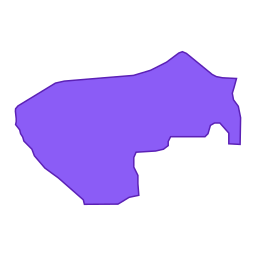 an SVG outline of Lamwo
{"feature_id": "UGA-5603", "entity_name": "Lamwo", "entity_type": "District", "adm_level": 1, "iso_a3": "UGA", "parent_name": "Uganda", "parent_adm1": "", "projection": "orthographic", "projection_center": [32.763, 3.511], "detail": "fine", "context": "isolated", "style": "filled", "palette": "violet", "viewbox_px": 256, "rotation_deg": 0, "n_neighbors": 0, "source": "natural_earth", "source_scale": "10m", "svg_char_len": 780}
<svg xmlns="http://www.w3.org/2000/svg" viewBox="0 0 256 256"><path d="M182.4,51.7L186.4,53.4L212.1,74.4L216.3,76.6L222.6,77.8L236.5,78.5L234.1,87.3L232.3,93.3L233.5,99.8L238.3,106.3L240.6,117.7L240.1,144.4L228.8,143.8L228.8,133.1L219.9,123.0L214.5,123.0L210.4,125.4L208.0,133.7L205.0,136.7L170.6,136.7L168.2,141.5L168.2,145.6L163.5,149.2L155.7,151.0L136.1,152.2L133.8,157.5L133.8,167.1L137.9,175.4L137.9,183.7L138.8,195.3L129.2,197.3L118.0,204.1L84.4,204.3L83.3,199.8L58.2,177.8L52.4,173.6L44.9,168.1L34.4,155.8L31.9,149.2L23.9,141.1L22.7,137.0L20.6,133.7L19.7,129.9L15.6,124.6L16.2,121.7L16.2,118.6L15.4,111.3L15.6,108.7L18.0,105.9L55.4,83.1L64.3,81.1L101.6,78.0L133.5,75.4L150.5,70.3L166.5,62.2L178.8,53.0L182.4,51.7Z" fill="#8b5cf6" stroke="#5b21b6" stroke-width="1.5"/></svg>